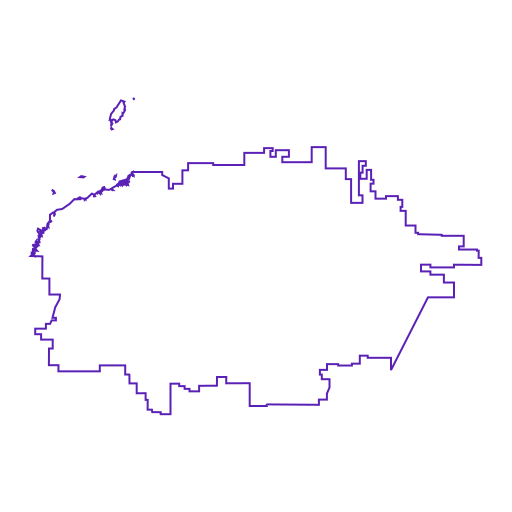 the district of Ashburton, Western Australia, Australia
{"feature_id": "25037944B95548638033328", "entity_name": "Ashburton", "entity_type": "district", "adm_level": 2, "iso_a3": "AUS", "parent_name": "Australia", "parent_adm1": "Western Australia", "projection": "mercator", "projection_center": [115.241, -22.235], "detail": "fine", "context": "isolated", "style": "outline", "palette": "violet", "viewbox_px": 512, "rotation_deg": 0, "n_neighbors": 0, "source": "geoboundaries", "source_scale": "gbopen_adm2", "svg_char_len": 5954}
<svg xmlns="http://www.w3.org/2000/svg" viewBox="0 0 512 512"><path d="M358.9,161.1L358.9,195.3L362.5,195.3L362.5,202.9L351.1,202.9L351.1,179.1L345.8,179.1L345.8,168.4L325.7,168.4L325.7,147.1L311.7,147.1L311.7,162.2L282.3,162.2L282.3,156.8L288.9,156.8L288.9,150.2L275.8,150.2L275.8,156.8L270.4,156.8L270.4,151.0L272.7,151.0L272.7,148.1L264.1,148.1L264.1,152.9L244.3,152.9L244.3,165.0L213.2,165.0L213.2,163.1L188.1,163.1L188.1,170.3L182.4,170.3L182.4,183.8L173.0,183.8L173.0,188.6L168.8,188.6L168.8,178.4L162.2,175.0L162.2,172.0L132.2,172.0L131.6,172.7L131.9,173.4L132.4,172.9L132.1,174.0L133.0,174.7L133.8,173.8L132.9,174.9L133.3,175.0L133.4,175.5L133.7,175.5L133.7,175.8L132.7,174.9L133.1,175.7L133.1,176.7L132.4,174.7L130.4,175.3L130.9,174.8L130.2,174.6L128.6,175.9L129.1,176.4L128.9,177.0L128.5,176.4L127.8,177.4L127.9,178.3L128.3,178.0L128.7,178.0L129.2,177.0L129.6,176.9L128.8,178.1L128.0,178.5L128.7,179.0L128.7,178.4L129.6,177.2L129.0,178.9L128.7,179.2L127.8,178.6L126.6,179.4L126.5,180.1L127.0,179.7L128.0,180.2L127.0,179.8L126.8,180.9L129.0,181.7L128.2,183.2L128.2,181.7L127.2,181.7L126.7,182.6L126.6,184.1L127.2,184.0L127.9,184.5L127.9,184.2L128.0,184.6L127.2,184.1L126.5,185.2L125.2,183.7L125.0,185.4L124.3,182.2L124.0,185.4L123.5,183.8L122.3,184.0L123.3,184.7L123.4,185.1L123.2,185.5L123.2,184.7L122.1,184.0L123.5,183.5L123.4,181.6L121.6,183.7L121.8,184.5L122.3,184.2L122.6,184.5L122.4,185.0L122.1,184.3L121.4,184.9L121.5,183.7L120.7,185.2L121.2,183.6L119.4,183.2L118.9,183.5L119.7,184.0L118.6,183.5L116.5,185.0L119.5,184.2L119.9,184.7L118.3,185.4L118.1,186.2L116.6,185.5L112.0,188.2L111.7,189.1L112.9,190.1L112.2,190.1L111.6,189.2L111.6,188.6L109.0,189.9L104.2,189.4L104.3,190.1L104.1,189.2L104.9,189.0L104.0,188.2L102.9,189.8L103.3,190.1L102.0,190.7L102.0,192.1L101.2,190.3L99.0,191.7L101.0,192.9L101.1,193.2L99.6,192.5L99.7,193.2L98.2,191.6L96.7,192.9L97.5,193.2L98.1,194.0L96.6,193.0L94.1,194.8L95.0,196.2L94.0,196.3L93.9,194.6L91.9,193.6L87.3,197.9L87.2,198.8L87.1,198.0L84.9,198.8L86.0,198.5L85.8,199.4L85.3,198.9L84.6,199.7L84.5,199.1L83.6,199.5L84.8,198.7L80.7,198.2L79.9,197.4L79.2,197.8L79.8,198.4L79.1,198.0L78.4,198.6L78.9,198.6L79.5,199.2L77.2,199.3L79.6,197.4L81.1,197.7L79.7,197.3L76.4,199.3L74.4,199.1L69.6,203.9L62.2,209.0L57.0,209.8L53.6,212.7L54.5,212.9L54.9,214.1L53.8,216.5L54.5,213.7L53.0,212.6L50.0,214.7L49.9,220.5L50.4,221.6L51.9,220.6L50.7,221.8L49.6,221.3L48.0,223.1L47.8,224.0L48.4,223.7L49.4,224.0L47.4,224.3L47.5,225.4L48.3,225.9L48.4,226.8L47.2,225.6L46.6,230.0L46.2,228.1L44.9,229.7L45.1,231.2L44.7,229.0L43.4,229.5L43.9,230.9L42.8,232.0L43.6,233.0L43.8,233.6L42.4,231.3L41.4,234.4L41.7,235.8L40.9,235.3L38.6,235.8L38.9,237.4L40.3,237.0L39.1,238.4L39.4,239.1L39.9,238.6L39.6,239.2L38.7,239.6L39.6,242.0L39.4,243.1L38.8,241.3L37.2,242.0L38.4,244.6L37.1,244.0L37.8,247.2L37.0,245.2L36.2,246.0L36.1,244.7L33.1,244.9L32.9,245.5L35.4,247.7L36.2,247.4L35.9,247.8L34.6,247.5L34.5,247.9L37.1,250.8L36.1,250.7L35.1,249.3L34.0,249.2L34.3,250.6L32.9,249.5L32.7,252.2L35.4,253.8L32.0,252.9L32.4,254.0L34.6,255.1L32.6,254.6L33.5,255.8L31.6,255.1L30.7,256.0L42.4,256.4L42.3,278.5L49.4,278.5L49.4,294.5L60.0,294.5L59.6,299.2L55.2,307.4L52.5,317.8L55.9,317.8L55.9,320.4L51.6,320.4L50.1,323.9L45.9,323.9L45.9,328.7L35.2,328.7L35.2,334.2L41.1,334.2L41.1,339.6L52.7,339.6L52.7,348.5L49.0,348.5L48.9,365.2L58.5,365.2L58.4,371.3L99.8,371.3L99.8,365.4L125.2,365.4L125.2,374.5L130.1,374.5L129.4,374.7L129.5,383.4L136.7,383.4L136.7,393.3L145.6,393.2L145.6,399.9L147.7,399.9L147.6,409.7L151.9,409.7L152.2,412.1L160.7,412.2L160.7,414.2L170.5,414.2L170.5,383.7L179.2,383.7L179.2,386.1L184.6,386.1L184.6,388.9L189.5,388.9L189.5,391.3L199.1,391.3L199.1,385.8L216.9,385.7L217.0,377.0L226.3,377.0L226.2,383.3L249.7,383.2L249.7,406.0L266.5,406.0L266.2,405.4L267.2,404.4L318.9,404.8L318.9,399.6L326.9,399.6L326.9,393.6L329.5,387.6L329.5,379.2L321.8,379.2L321.8,374.6L319.9,374.6L319.9,369.9L327.0,369.9L327.0,364.1L338.2,364.1L338.2,365.5L351.9,365.5L351.9,363.7L359.8,363.7L359.8,355.7L367.7,355.7L367.7,357.8L391.0,357.8L391.0,370.1L428.0,297.3L454.0,297.3L454.0,282.5L443.9,282.5L443.9,274.7L430.4,274.7L430.4,271.4L421.0,271.4L421.0,264.7L430.4,264.7L430.4,267.4L454.0,267.4L454.0,264.7L481.3,264.9L481.3,257.9L478.6,257.9L478.7,250.7L477.0,250.7L477.0,249.5L459.0,249.5L459.0,246.4L463.7,246.4L463.7,235.8L441.7,235.8L441.7,234.8L418.1,234.2L418.1,232.8L415.5,232.8L415.5,225.5L405.7,225.5L405.7,210.9L400.6,210.9L400.6,206.9L402.3,206.9L402.3,199.8L397.9,199.8L397.9,196.1L386.0,196.1L386.0,198.7L375.5,198.7L375.5,191.3L370.6,191.3L370.6,183.7L373.5,183.7L373.5,179.8L371.1,179.8L371.1,169.9L366.7,169.9L366.7,178.8L360.3,178.8L360.3,172.7L362.6,172.7L362.6,165.8L365.8,165.8L365.8,161.1L358.9,161.1ZM111.1,113.9L109.8,119.0L111.1,122.0L112.2,120.5L111.1,120.2L113.5,119.4L115.4,120.2L115.9,122.3L117.7,121.5L119.0,119.6L120.1,119.3L120.5,116.7L122.5,115.9L122.5,113.3L123.0,113.7L124.6,111.0L124.4,109.9L125.0,109.9L124.6,107.5L125.1,106.7L123.5,102.8L124.4,101.6L121.0,100.4L116.5,107.4L114.1,109.1L113.9,110.5L111.1,113.9ZM37.4,230.9L39.9,235.1L40.4,235.3L41.2,233.7L40.9,232.1L40.0,231.6L40.7,230.1L38.0,228.7L37.4,230.9ZM120.0,182.6L121.6,183.5L124.1,180.2L121.4,181.1L120.0,182.6ZM79.9,177.1L83.6,177.4L84.4,176.8L81.3,176.1L79.9,177.1ZM125.0,181.3L125.5,183.7L126.5,184.2L126.3,183.6L126.9,181.9L125.0,181.3ZM101.3,190.3L104.5,187.7L104.2,187.1L102.8,187.5L101.3,190.3ZM111.4,124.9L110.7,126.5L112.4,123.4L111.2,122.3L111.4,124.9ZM53.6,193.5L54.9,193.0L53.8,191.0L51.9,189.7L54.0,192.5L53.6,193.5ZM43.4,229.4L44.5,228.7L44.2,227.8L43.0,228.1L43.4,229.4ZM111.6,129.4L112.6,129.1L110.7,127.4L111.6,129.4ZM116.0,175.5L115.1,176.3L114.8,177.3L115.8,176.8L116.0,175.5ZM113.8,179.1L114.7,179.4L114.2,177.7L113.8,179.1ZM119.3,182.3L120.3,181.8L120.8,181.1L119.5,181.5L119.3,182.3ZM133.2,97.8L133.9,99.2L134.5,99.7L133.2,97.8ZM36.3,240.9L35.7,241.7L35.6,242.5L36.2,242.5L36.3,240.9Z" fill="none" stroke="#5b21b6" stroke-width="2"/></svg>